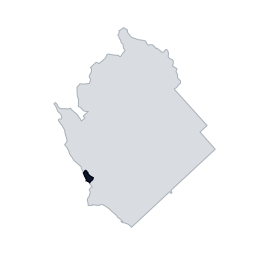 Reifi Telkok, Kassala, Sudan shown in context, rotated 137°
{"feature_id": "16777658B60092664698782", "entity_name": "Reifi Telkok", "entity_type": "district", "adm_level": 2, "iso_a3": "SDN", "parent_name": "Sudan", "parent_adm1": "Kassala", "projection": "natural_earth1", "projection_center": [36.762, 16.137], "detail": "fine", "context": "in_parent", "style": "filled", "palette": "ink", "viewbox_px": 256, "rotation_deg": 137, "n_neighbors": 0, "source": "geoboundaries", "source_scale": "gbopen_adm2", "svg_char_len": 4599}
<svg xmlns="http://www.w3.org/2000/svg" viewBox="0 0 256 256"><g transform="rotate(137 128 128)"><path d="M165.7,196.2L163.9,196.2L163.7,195.7L163.7,194.4L163.9,193.3L164.6,191.7L164.4,190.8L164.5,189.5L164.0,188.0L159.7,183.8L158.8,182.7L156.4,181.6L156.9,180.4L155.9,171.8L156.4,170.8L156.5,169.3L156.5,168.0L157.1,165.8L157.2,164.8L152.5,164.8L152.4,165.7L152.7,166.8L152.6,167.2L146.1,167.2L148.7,170.6L148.8,172.1L148.7,173.9L148.7,175.1L148.9,175.9L149.6,177.4L149.5,177.7L149.3,178.0L144.7,182.6L143.9,184.6L143.3,185.7L142.0,187.6L137.7,192.4L137.0,192.7L133.8,192.9L133.5,193.0L133.3,193.2L133.1,193.2L130.4,190.3L125.8,186.9L122.7,188.7L121.9,189.4L121.9,191.0L121.4,191.8L120.6,192.7L118.3,193.3L117.1,193.8L115.7,194.7L114.3,196.3L114.2,197.1L114.4,197.8L106.6,197.8L106.1,197.2L105.0,194.7L104.2,194.8L97.0,194.5L96.0,194.8L94.0,195.8L93.0,196.0L91.9,195.5L88.2,190.5L87.4,189.9L86.6,188.7L85.8,188.2L85.5,187.8L85.4,187.3L85.5,186.2L85.2,185.5L84.6,185.3L79.6,186.5L78.9,186.3L77.8,186.6L77.4,186.8L77.0,187.4L76.9,188.8L76.8,189.5L76.4,190.2L75.0,191.9L74.6,192.7L74.7,194.6L74.6,195.5L74.4,195.9L73.7,196.7L73.5,197.1L73.2,199.5L72.4,200.9L72.2,201.4L72.2,202.5L72.1,202.8L69.8,203.6L68.9,204.2L68.4,205.0L68.3,205.3L67.3,205.0L66.1,204.8L63.7,204.6L62.7,204.2L62.3,203.6L62.4,202.2L62.2,201.8L61.8,201.6L61.6,201.0L61.6,200.2L62.9,198.5L63.2,197.6L63.6,193.4L63.5,192.1L62.5,189.8L60.3,185.7L59.7,184.9L56.9,181.5L56.6,181.0L55.9,179.6L56.7,176.5L56.8,175.7L56.6,174.8L55.9,174.1L55.2,174.0L54.4,173.2L53.9,172.8L53.4,172.1L53.1,171.1L53.3,167.4L53.2,166.9L52.5,166.8L52.3,166.5L52.3,165.8L52.0,163.7L51.6,162.0L51.8,161.1L51.2,159.8L50.1,159.2L47.8,159.6L47.1,159.6L46.6,159.3L46.3,158.8L46.1,158.3L46.3,157.4L46.9,155.9L47.8,154.6L49.4,153.4L49.9,152.8L50.1,152.1L50.2,151.3L50.1,150.5L49.9,149.7L49.4,148.7L49.0,147.6L49.0,146.8L49.2,146.2L49.7,145.5L51.3,144.1L53.0,143.0L53.3,142.6L53.2,142.2L52.5,141.2L52.2,139.4L51.8,138.2L52.7,137.2L53.3,136.9L54.3,136.6L54.7,136.2L54.8,135.5L54.8,134.7L55.2,134.2L55.6,133.1L56.0,132.5L57.3,131.2L57.6,130.3L57.7,129.5L57.4,127.0L58.2,125.9L59.1,125.0L60.5,125.1L62.5,124.9L64.0,124.5L65.0,124.5L67.3,125.0L67.5,124.8L67.7,124.1L68.5,75.9L78.1,75.9L78.7,53.0L138.6,53.1L139.1,53.0L140.0,50.8L140.4,50.7L141.1,50.8L141.3,51.3L140.7,53.0L193.1,53.0L193.2,55.6L193.6,57.7L195.1,60.7L196.3,62.3L196.8,63.2L196.8,63.6L196.8,64.0L196.4,63.6L195.7,63.3L195.7,64.7L196.0,67.5L196.5,69.5L196.1,71.4L196.2,74.5L196.8,78.3L196.7,80.7L197.8,86.3L198.9,89.4L199.5,90.2L200.1,90.6L201.4,90.8L203.2,92.4L204.7,94.1L205.2,95.0L206.0,95.9L206.4,95.7L206.7,95.5L207.2,96.3L209.6,97.9L209.9,98.7L209.1,99.5L208.1,100.8L207.6,102.0L207.4,102.4L206.6,103.2L206.5,103.5L206.1,103.8L205.8,103.8L205.0,104.2L204.3,104.1L203.5,104.3L203.3,104.6L202.7,104.8L201.9,105.0L200.7,106.0L199.6,106.5L199.3,106.9L198.7,109.0L198.3,109.5L196.7,109.6L196.0,109.7L194.9,109.5L194.4,109.5L194.3,110.0L194.1,111.7L194.1,112.5L193.2,114.5L193.5,118.2L192.6,121.1L192.5,121.7L191.6,123.9L191.2,124.8L190.1,128.9L189.7,130.2L188.7,131.5L189.7,141.5L188.9,144.6L188.9,146.3L188.4,148.7L187.9,149.9L187.2,151.3L186.6,152.8L186.1,154.8L185.8,158.7L185.6,159.0L182.8,159.5L181.9,159.8L181.3,160.2L180.6,161.2L179.2,163.9L178.4,165.5L177.2,167.8L175.9,169.4L175.6,170.2L175.3,171.6L174.8,173.9L174.4,175.5L174.5,176.9L174.0,179.1L174.1,180.2L173.6,180.9L173.0,181.5L172.5,181.6L170.6,180.1L169.2,181.1L168.3,182.6L167.7,184.1L168.0,187.2L168.0,187.9L167.8,188.7L166.5,191.8L166.1,193.2L165.7,195.7L165.7,196.2Z" fill="#d9dde1" stroke="#a8b0b8" stroke-width="1"/><path d="M188.2,126.0L188.3,126.0L188.6,125.9L189.4,125.8L189.9,125.7L190.3,125.6L191.0,125.5L191.2,125.4L191.3,125.4L191.5,124.6L191.6,124.4L191.7,124.1L191.8,123.9L191.9,123.7L192.0,123.5L192.2,122.9L192.6,121.9L192.6,121.6L192.7,121.3L192.8,120.8L192.9,120.7L193.0,120.4L193.3,119.1L193.4,118.9L193.6,118.7L193.8,118.5L193.9,118.4L194.0,118.3L193.9,118.3L193.9,118.2L193.8,118.3L193.8,118.1L193.8,117.8L193.7,117.8L193.7,117.7L193.8,117.5L193.8,117.4L193.9,117.2L193.9,116.9L194.0,116.8L194.0,116.7L193.9,116.6L193.7,116.5L193.6,116.4L193.5,116.2L193.4,116.1L193.3,115.9L193.3,115.7L193.2,115.5L193.2,115.3L193.2,115.2L193.3,114.9L193.4,114.6L193.4,114.4L193.3,114.2L191.8,114.5L191.0,114.5L190.6,114.5L189.0,114.4L188.4,114.8L187.4,115.4L187.5,115.6L188.3,117.9L188.4,118.0L188.5,119.3L188.6,120.9L188.6,121.3L188.7,121.9L188.1,122.3L188.3,122.9L187.9,123.1L188.1,123.8L187.9,124.1L187.9,124.3L187.8,124.5L187.7,124.9L188.0,125.6L188.2,126.0L188.2,126.0Z" fill="#0f172a" stroke="#020617" stroke-width="1.5"/></g></svg>